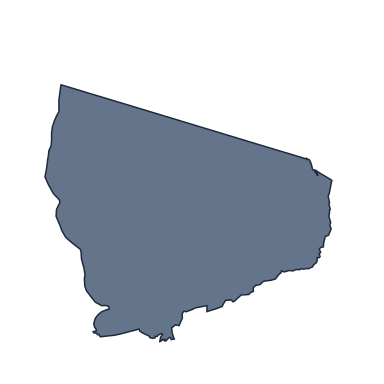 the district of Muynak, Karakalpakstan, Uzbekistan, rotated 345°
{"feature_id": "79887680B8314614924968", "entity_name": "Muynak", "entity_type": "district", "adm_level": 2, "iso_a3": "UZB", "parent_name": "Uzbekistan", "parent_adm1": "Karakalpakstan", "projection": "robinson", "projection_center": [59.714, 44.364], "detail": "fine", "context": "isolated", "style": "filled", "palette": "slate", "viewbox_px": 384, "rotation_deg": 345, "n_neighbors": 0, "source": "geoboundaries", "source_scale": "gbopen_adm2", "svg_char_len": 2525}
<svg xmlns="http://www.w3.org/2000/svg" viewBox="0 0 384 384"><g transform="rotate(345 192 192)"><path d="M241.3,297.1L245.1,297.7L249.8,297.7L255.4,293.6L257.1,293.1L258.0,291.3L260.4,293.1L265.1,292.9L269.3,294.4L272.3,293.8L276.0,294.9L277.5,294.4L279.9,295.4L283.0,295.6L284.7,296.3L286.5,295.8L289.2,295.5L290.6,293.8L293.4,292.7L295.0,291.0L296.0,287.7L298.0,288.4L299.0,287.5L298.8,284.4L300.5,283.9L300.6,282.6L300.1,280.1L302.0,278.9L304.7,279.0L306.1,275.1L309.3,269.4L312.6,269.2L316.9,263.5L316.5,259.5L318.1,257.3L317.9,251.0L319.4,247.7L320.0,245.4L321.0,244.8L321.2,239.1L322.1,237.8L322.4,231.4L324.2,228.9L330.1,216.9L323.9,210.4L321.2,207.7L317.6,203.7L317.0,203.1L317.2,204.3L317.6,204.6L317.6,207.3L318.0,208.2L317.7,208.5L317.2,208.0L317.0,206.1L316.1,204.4L316.0,204.0L316.4,203.6L316.3,203.2L315.2,202.4L314.5,201.6L314.3,201.1L314.4,200.5L314.3,198.0L314.5,196.5L314.3,195.3L313.9,194.7L314.4,193.9L313.6,191.2L312.7,190.6L312.2,190.2L312.0,190.6L311.6,190.6L311.4,190.4L311.4,189.9L311.7,189.4L311.4,189.0L309.6,189.1L309.3,188.6L287.5,175.1L266.5,162.1L159.8,95.8L139.3,83.1L115.9,68.6L93.3,54.6L93.1,54.7L87.2,68.7L85.8,74.0L84.4,79.8L81.1,83.2L77.5,87.6L74.1,92.8L71.5,99.0L69.8,105.7L67.8,111.0L64.5,115.0L62.6,119.9L60.8,123.7L59.2,127.9L56.4,134.3L53.9,139.2L55.2,147.7L57.7,157.7L61.8,165.1L61.7,167.9L56.6,173.8L54.4,180.4L55.9,190.6L56.2,195.3L58.2,202.9L62.1,208.9L69.3,218.5L69.3,221.5L67.9,228.1L67.9,232.7L67.9,237.7L67.2,244.3L65.5,248.2L64.1,255.1L64.5,260.0L67.0,266.3L70.1,273.4L75.3,278.4L80.1,279.5L82.2,281.7L81.5,283.6L78.9,283.6L73.4,284.4L69.7,286.1L66.1,288.8L63.0,293.6L62.9,297.1L63.9,300.0L63.6,301.4L60.4,301.3L60.7,302.7L63.3,303.7L63.7,305.4L65.2,305.4L65.9,308.1L80.1,310.3L85.4,310.6L105.4,310.7L105.6,313.0L107.7,315.3L113.4,320.2L113.6,321.8L116.3,323.2L118.6,323.3L119.0,321.9L121.0,322.5L122.2,321.4L123.8,321.2L126.2,320.8L126.7,322.1L124.6,323.6L123.5,325.3L122.2,328.1L124.0,327.9L125.5,326.6L125.9,327.5L127.6,327.4L127.1,328.8L128.1,329.1L129.8,328.0L132.6,326.6L133.6,327.2L133.7,329.2L136.9,329.4L136.6,327.9L136.4,322.9L137.2,317.9L141.6,316.1L145.0,317.7L147.1,314.9L150.1,311.2L150.9,307.2L153.2,305.0L155.2,306.1L160.6,305.7L165.7,304.8L171.4,305.3L177.0,305.6L175.5,311.4L185.2,311.0L191.6,310.3L193.3,308.2L196.5,305.3L202.3,306.6L202.9,308.5L204.4,308.6L207.8,306.8L212.9,304.2L216.6,305.0L220.4,305.7L222.8,304.1L225.5,304.0L226.3,300.5L229.3,298.7L233.9,299.0L237.8,296.8L241.3,297.1Z" fill="#64748b" stroke="#1e293b" stroke-width="1.5"/></g></svg>